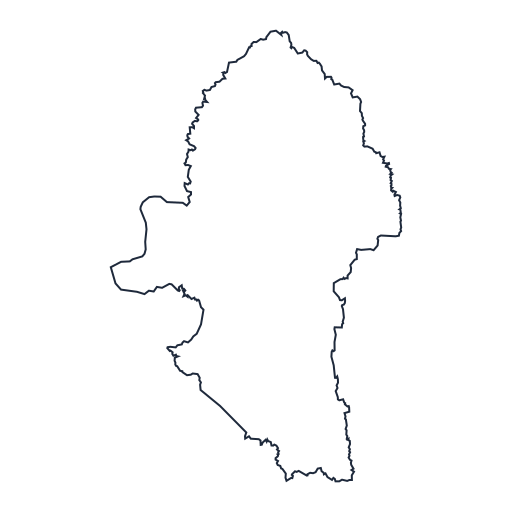 Nkwanta South Municipal, Volta, Ghana
{"feature_id": "2480657B13680530894334", "entity_name": "Nkwanta South Municipal", "entity_type": "district", "adm_level": 2, "iso_a3": "GHA", "parent_name": "Ghana", "parent_adm1": "Volta", "projection": "equal_earth", "projection_center": [0.469, 8.25], "detail": "fine", "context": "isolated", "style": "outline", "palette": "slate", "viewbox_px": 512, "rotation_deg": 0, "n_neighbors": 0, "source": "geoboundaries", "source_scale": "gbopen_adm2", "svg_char_len": 6004}
<svg xmlns="http://www.w3.org/2000/svg" viewBox="0 0 512 512"><path d="M349.4,480.0L351.9,480.0L351.8,475.3L354.0,471.7L351.5,470.0L353.5,468.7L351.2,464.8L350.9,462.8L351.5,460.6L350.0,459.8L348.6,457.5L349.5,455.8L349.0,454.4L350.1,452.2L349.2,451.1L349.9,449.2L348.7,447.4L350.0,444.1L349.8,440.9L348.4,440.1L348.5,438.7L347.1,439.6L346.7,439.1L347.3,436.1L346.3,434.6L346.6,430.3L345.6,429.0L346.8,425.6L345.9,419.5L345.0,418.7L345.5,416.4L344.5,413.1L349.3,411.7L349.1,407.4L348.7,406.1L347.5,406.5L344.9,404.3L345.2,403.2L344.2,402.5L343.1,399.3L339.3,400.3L337.9,399.4L337.8,397.1L335.7,391.1L337.5,388.0L336.6,385.4L338.0,382.7L337.9,379.3L337.2,376.4L336.0,377.9L335.0,377.8L333.7,365.3L331.4,356.7L331.7,351.8L332.4,350.4L333.5,351.2L334.6,350.4L334.5,342.0L335.8,334.8L334.4,329.1L334.7,327.3L341.8,327.5L342.1,324.2L343.2,323.2L342.7,321.7L343.9,317.7L343.0,309.2L341.8,306.0L342.2,305.1L343.8,304.6L344.8,303.1L345.1,300.9L344.9,298.3L341.8,300.3L340.0,300.1L338.9,297.2L333.7,291.3L333.8,283.1L340.4,279.2L342.7,279.1L343.6,277.7L344.7,278.9L346.0,278.1L347.6,278.4L347.6,275.5L350.7,272.1L351.1,268.1L350.3,265.1L354.7,259.7L356.8,259.1L356.8,254.4L356.0,252.8L357.1,249.1L361.2,249.9L370.3,249.1L373.6,250.2L377.6,245.5L378.2,240.1L377.4,238.8L378.1,236.9L380.9,235.5L395.7,236.3L398.9,235.7L399.4,232.9L401.1,231.1L400.5,229.3L401.2,227.5L400.4,221.7L401.0,220.7L400.3,217.3L401.1,213.9L400.0,213.4L400.8,212.7L400.3,209.5L399.5,209.3L400.8,208.2L400.1,205.7L400.3,202.5L399.1,200.2L400.3,197.4L399.7,195.7L397.1,195.0L394.7,196.0L394.4,194.8L395.9,192.0L393.2,190.7L392.7,191.7L391.1,190.4L391.2,188.7L392.2,187.8L391.2,187.5L390.8,186.0L391.5,185.2L391.4,183.5L390.7,183.2L391.8,181.0L390.6,180.1L391.0,177.8L390.2,177.4L390.8,175.4L392.1,174.4L390.3,174.0L391.6,172.7L390.7,172.0L390.1,169.9L390.8,169.1L388.9,168.8L388.1,167.3L385.7,166.7L385.9,165.9L389.1,164.0L388.9,163.0L387.2,163.5L383.0,162.8L384.0,160.6L383.1,159.4L384.4,156.7L382.4,157.0L380.6,156.0L379.5,152.3L376.2,153.2L375.8,152.2L374.3,151.7L372.6,148.7L367.4,146.4L364.4,146.6L363.2,145.4L363.9,143.3L363.3,141.5L364.3,141.0L363.4,140.5L363.1,138.0L363.1,136.9L364.0,136.5L363.4,133.6L364.2,131.9L364.1,130.2L363.1,128.5L363.3,126.2L365.1,125.4L365.1,123.8L362.8,120.5L362.4,119.4L363.1,118.1L361.9,115.8L361.8,113.2L360.0,111.0L360.4,103.7L361.1,102.0L360.1,99.2L357.4,96.6L352.7,97.4L351.0,93.4L352.6,90.2L348.6,87.4L344.1,87.0L341.0,85.5L339.4,83.6L334.2,84.5L332.3,79.7L331.3,79.2L331.5,77.6L331.0,76.8L326.7,76.9L325.0,78.5L324.7,74.0L322.0,70.4L321.6,66.5L319.9,63.8L318.8,62.6L317.6,63.0L316.4,60.8L313.7,60.9L311.0,59.2L307.8,55.8L307.1,54.3L307.2,52.2L305.6,50.6L304.2,50.3L302.3,52.6L297.8,53.5L294.2,47.9L291.8,46.9L291.3,48.1L290.6,47.5L291.4,44.9L291.1,42.9L289.7,41.3L288.7,35.0L286.8,32.5L285.1,32.1L282.8,32.8L282.2,31.8L280.8,33.1L281.3,34.9L276.0,30.7L270.5,31.7L266.4,37.1L266.0,39.1L263.2,39.7L260.7,39.0L256.4,42.1L253.6,42.0L251.5,44.0L251.6,46.0L250.5,46.2L249.9,47.5L249.1,47.3L246.0,53.9L244.1,56.2L237.4,59.9L236.3,61.7L229.0,62.6L227.0,72.0L225.3,73.0L224.4,72.1L222.9,72.6L223.5,73.0L223.2,74.9L225.3,78.5L222.5,78.8L219.5,81.7L215.7,82.2L214.9,83.1L215.5,84.6L214.9,86.1L211.5,87.0L209.9,90.0L206.4,90.6L204.4,89.8L202.8,91.0L203.3,92.4L202.9,93.0L205.0,95.6L204.2,98.7L205.0,98.4L205.4,100.1L207.1,102.0L203.2,101.6L202.4,102.9L203.0,105.7L201.9,107.2L196.0,107.7L195.2,109.3L195.3,111.5L198.6,114.9L196.1,118.0L198.2,119.5L198.2,120.3L197.1,121.3L194.8,120.9L192.6,122.5L192.1,123.8L194.0,126.0L194.0,128.2L192.2,127.2L189.7,127.3L190.3,133.7L187.8,134.1L187.3,135.2L187.5,136.7L189.1,138.5L186.2,140.2L188.1,141.4L189.6,144.3L194.1,146.2L195.6,148.0L195.1,149.2L192.9,150.6L191.9,149.5L190.7,150.2L188.6,149.5L188.5,151.6L187.0,154.0L187.8,157.1L186.2,159.6L185.8,162.5L184.5,163.4L185.5,165.2L188.1,165.0L190.8,166.1L188.8,169.7L187.8,176.9L190.7,181.6L190.1,183.4L189.1,183.2L187.9,184.5L184.7,183.1L184.5,186.0L187.0,191.1L191.0,192.1L191.0,194.5L188.2,197.0L189.7,202.0L186.7,205.6L182.8,202.8L166.9,202.1L160.6,196.7L154.3,196.5L149.1,197.2L142.8,202.3L140.7,206.8L140.4,209.2L145.8,222.7L146.5,229.3L145.2,241.8L145.7,249.4L144.5,253.8L142.3,256.4L132.5,259.3L129.8,261.4L121.1,261.8L110.8,267.2L115.5,283.4L121.0,289.6L137.0,291.8L144.5,294.1L148.9,290.7L153.7,291.5L156.9,286.9L162.1,287.8L169.3,283.9L171.6,284.3L177.8,290.5L179.2,291.0L179.7,290.3L178.8,288.7L179.0,287.2L181.7,285.3L182.2,288.5L183.9,288.8L185.3,290.5L184.5,291.4L184.1,290.3L183.0,290.6L184.5,293.8L183.5,296.2L185.7,295.3L187.0,296.3L186.8,295.5L187.6,295.1L191.5,299.0L194.4,297.7L195.1,299.6L196.4,299.5L197.0,300.6L198.1,299.7L199.1,300.5L201.0,307.2L203.5,309.7L201.0,324.4L196.7,333.8L193.3,336.4L191.2,339.6L188.0,342.4L184.0,341.2L182.5,342.6L181.8,344.4L177.4,345.3L175.7,347.4L170.3,346.8L167.6,347.2L167.3,348.1L169.8,351.0L170.5,350.6L172.6,352.3L172.3,353.9L173.4,355.7L175.9,354.7L176.3,356.0L177.9,356.4L174.8,357.7L174.6,360.8L175.4,362.6L175.3,364.5L176.1,365.9L177.2,366.2L180.1,370.8L182.3,371.2L182.4,372.1L187.0,375.2L190.8,374.7L192.7,373.5L197.6,374.1L199.7,377.8L199.3,380.1L200.9,382.4L200.1,384.7L200.6,390.0L220.0,405.9L246.3,432.5L245.0,436.2L245.2,438.6L249.0,436.3L250.8,438.7L258.8,439.2L260.5,440.5L260.7,444.9L261.8,444.7L262.6,442.6L265.6,439.8L266.6,441.6L267.3,439.5L268.1,441.0L270.8,442.1L271.5,445.5L273.2,445.6L274.3,444.6L276.4,445.6L278.0,448.1L277.0,449.5L279.0,451.0L278.1,452.2L278.6,453.9L277.6,454.3L278.1,454.9L277.8,456.3L275.6,458.1L275.6,459.6L278.0,461.0L276.8,463.1L277.7,465.0L280.3,465.9L281.1,468.4L282.4,468.9L285.8,473.6L285.5,477.7L286.5,480.8L291.2,477.9L292.3,478.1L292.9,475.9L291.8,474.9L292.0,474.3L295.0,471.3L296.6,471.9L298.7,470.9L306.8,475.6L307.5,475.4L307.4,474.3L310.1,472.8L313.1,473.2L315.6,472.2L317.7,468.6L320.8,468.0L321.6,471.2L323.7,472.8L323.9,474.3L325.5,473.4L327.5,477.1L332.0,479.9L333.4,477.9L334.8,478.9L335.5,481.3L339.3,481.3L342.0,479.7L347.2,480.9L349.4,480.0Z" fill="none" stroke="#1e293b" stroke-width="2"/></svg>